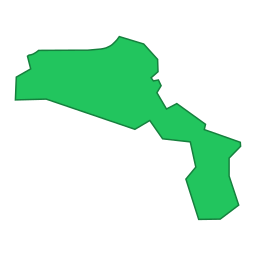 Panyikang, Upper Nile, South Sudan (Robinson projection)
{"feature_id": "79223893B85148589397174", "entity_name": "Panyikang", "entity_type": "district", "adm_level": 2, "iso_a3": "SSD", "parent_name": "South Sudan", "parent_adm1": "Upper Nile", "projection": "robinson", "projection_center": [31.399, 9.348], "detail": "fine", "context": "isolated", "style": "filled", "palette": "green", "viewbox_px": 256, "rotation_deg": 0, "n_neighbors": 0, "source": "geoboundaries", "source_scale": "gbopen_adm2", "svg_char_len": 704}
<svg xmlns="http://www.w3.org/2000/svg" viewBox="0 0 256 256"><path d="M15.4,99.9L46.2,99.1L87.3,113.1L134.9,129.3L149.8,120.5L162.6,138.8L190.3,141.9L195.8,167.1L185.9,179.1L198.7,219.4L220.2,219.1L238.7,205.1L229.1,176.1L229.1,158.1L240.6,146.3L240.3,142.3L204.3,129.6L205.5,124.3L176.8,103.6L166.5,109.0L156.9,92.7L161.1,85.7L158.4,80.0L153.4,80.9L151.1,77.8L158.0,71.7L157.6,59.4L143.7,44.0L119.3,36.6L116.9,39.9L114.9,42.0L112.2,44.6L110.5,45.8L108.9,46.6L106.1,47.9L103.7,48.5L101.1,49.0L97.8,49.3L94.4,49.6L91.2,49.9L87.7,50.2L78.3,50.2L38.6,50.4L37.5,51.3L36.0,52.4L33.3,54.0L31.0,54.8L29.0,55.1L27.5,56.2L30.7,68.9L16.3,77.1L15.4,99.9Z" fill="#22c55e" stroke="#15803d" stroke-width="1.5"/></svg>